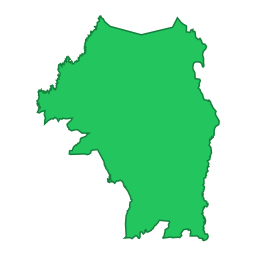 Mocache, Los Rios, Ecuador (Equal Earth projection)
{"feature_id": "8360857B55649152040637", "entity_name": "Mocache", "entity_type": "district", "adm_level": 2, "iso_a3": "ECU", "parent_name": "Ecuador", "parent_adm1": "Los Rios", "projection": "equal_earth", "projection_center": [-79.602, -1.198], "detail": "fine", "context": "isolated", "style": "filled", "palette": "green", "viewbox_px": 256, "rotation_deg": 0, "n_neighbors": 0, "source": "geoboundaries", "source_scale": "gbopen_adm2", "svg_char_len": 5698}
<svg xmlns="http://www.w3.org/2000/svg" viewBox="0 0 256 256"><path d="M37.4,112.3L39.3,112.9L41.2,111.7L44.9,110.6L44.3,114.7L45.6,118.5L44.9,119.6L44.6,124.0L48.2,120.6L51.4,118.7L53.3,119.0L54.7,117.4L57.1,118.8L58.3,121.3L60.1,118.6L62.0,119.2L62.8,118.2L66.2,118.8L72.3,118.1L71.0,120.7L69.2,121.9L69.0,122.7L67.6,123.5L67.0,124.6L67.7,126.9L69.0,128.4L68.9,129.3L71.6,130.8L75.3,129.7L77.8,129.8L82.0,133.1L88.9,133.2L86.9,134.6L85.8,136.5L81.2,138.0L80.5,138.9L80.1,141.6L79.2,142.9L78.0,143.3L76.5,145.3L75.9,144.9L73.6,147.0L72.2,150.6L69.9,150.6L69.5,151.3L69.3,154.0L70.6,154.4L84.9,153.9L87.1,154.6L89.0,154.2L90.7,152.8L91.0,151.1L92.1,150.1L97.6,149.6L103.7,161.0L104.3,162.8L104.3,164.7L105.1,165.2L105.0,166.6L105.8,167.1L105.9,168.4L107.6,170.7L108.8,173.4L110.0,174.8L110.5,174.9L110.4,175.9L109.6,175.2L109.5,176.5L110.0,176.8L109.4,177.1L110.6,178.2L110.7,179.4L109.3,178.6L109.2,180.0L107.7,179.1L107.9,181.2L108.3,180.9L108.3,181.9L109.4,182.5L111.8,181.0L112.1,181.9L113.1,181.7L114.6,183.3L116.7,180.9L118.6,181.0L120.2,180.1L122.1,181.3L123.4,183.2L123.6,185.1L124.7,187.1L125.6,186.8L125.6,188.0L128.0,191.3L130.5,196.9L130.9,199.1L132.0,199.7L131.9,200.8L130.0,202.4L129.6,205.9L129.9,207.5L129.0,208.5L128.8,209.7L127.3,210.9L127.5,212.3L126.2,215.4L125.5,223.9L126.2,235.5L125.7,237.2L124.7,238.0L129.9,237.6L132.1,238.6L135.5,235.7L137.1,236.1L138.5,238.2L139.3,238.3L140.0,237.3L140.1,232.6L140.5,231.9L141.8,231.9L143.3,234.0L144.9,232.4L144.9,230.6L145.4,229.8L146.2,230.1L146.5,231.8L147.8,232.1L151.2,230.4L152.1,229.0L152.9,228.8L154.6,225.7L155.6,225.3L157.9,222.7L159.3,220.3L169.2,221.2L169.7,222.2L168.5,224.3L168.7,227.1L168.3,227.8L165.1,229.8L165.1,231.9L164.4,234.1L164.4,235.3L162.9,237.7L163.1,238.1L171.1,237.0L172.2,237.7L179.1,237.2L179.7,237.6L181.7,235.5L180.8,233.5L183.6,229.6L188.1,229.0L188.1,229.8L188.6,230.3L190.1,229.8L190.8,231.7L190.9,232.7L190.2,233.7L190.5,234.4L190.2,236.0L197.5,235.9L199.3,238.1L202.2,238.3L202.5,239.5L203.0,239.1L203.1,240.1L203.8,240.6L206.2,239.6L207.5,238.4L208.2,236.5L207.4,234.1L205.3,234.1L204.6,233.0L204.4,231.3L203.5,230.3L203.9,228.5L203.5,228.7L203.7,227.8L203.2,226.9L204.4,223.9L205.0,223.7L204.1,222.6L205.1,222.6L205.6,221.1L205.4,220.3L204.7,220.9L205.2,219.0L204.5,218.9L204.5,217.8L203.9,218.5L203.6,218.2L203.4,215.6L201.9,213.8L203.1,212.9L202.4,211.4L203.2,209.5L203.5,207.7L204.3,207.8L204.3,206.6L205.1,206.2L206.8,206.8L207.9,205.2L207.9,203.6L206.9,203.8L206.6,202.7L206.9,202.1L205.7,200.9L204.6,200.7L203.5,199.0L203.8,198.6L203.3,197.3L202.2,195.7L202.3,194.5L202.8,195.3L203.2,194.8L202.7,192.3L203.5,191.4L203.6,189.9L204.0,189.6L204.3,187.6L204.4,186.6L203.4,185.9L203.0,184.8L204.0,183.9L203.8,178.7L204.8,177.8L205.6,177.7L205.7,176.0L206.3,175.6L205.9,175.2L206.2,174.6L206.1,173.4L206.8,172.6L206.4,172.2L208.1,171.0L207.3,170.0L207.4,167.1L208.8,166.6L208.2,165.9L208.8,163.8L207.4,160.7L209.7,159.6L210.0,158.3L209.6,157.0L210.4,156.8L210.5,154.8L211.5,152.9L210.9,147.5L209.0,145.1L210.1,142.7L209.6,141.5L209.7,139.3L210.5,139.8L211.3,138.9L211.5,137.3L212.2,138.1L213.1,137.4L213.3,136.2L214.2,134.7L214.1,131.1L214.8,127.9L216.3,125.9L217.7,125.4L218.9,124.1L219.1,120.8L215.8,115.3L215.3,113.1L216.1,111.5L212.7,107.3L212.2,105.6L211.2,104.4L210.6,101.9L209.0,100.1L208.4,101.2L207.5,100.4L204.3,99.7L203.4,98.0L202.5,94.4L200.9,92.2L199.9,89.5L198.2,88.1L199.5,85.4L199.0,84.2L200.3,80.7L199.7,79.3L195.2,78.6L194.8,72.7L193.0,69.3L192.8,67.0L193.5,63.6L194.6,62.3L195.7,61.9L198.8,61.9L200.7,62.5L201.9,64.2L202.6,66.7L203.1,67.0L203.7,66.5L203.9,65.4L203.5,62.8L203.6,58.6L202.5,54.7L203.3,51.5L205.8,48.7L206.5,46.5L205.0,44.3L202.3,43.6L201.3,40.4L200.0,38.4L198.5,39.6L195.7,37.4L195.0,31.9L194.5,31.4L193.0,31.6L192.9,29.4L191.0,30.0L190.0,32.4L186.4,31.9L186.5,26.0L183.1,24.1L180.7,22.1L177.4,17.8L172.9,26.8L172.2,27.4L141.3,34.8L110.1,26.4L104.7,21.7L103.2,18.9L101.4,17.8L100.5,15.4L100.8,16.9L99.8,16.3L99.4,16.9L99.6,17.6L98.3,18.4L98.6,19.0L99.4,18.9L99.3,20.8L98.5,21.8L97.3,22.4L97.2,25.3L96.5,26.3L94.7,26.6L95.3,27.4L96.8,27.9L96.6,28.6L95.9,28.7L96.1,29.5L94.6,29.6L91.9,32.9L91.6,32.6L91.8,31.5L90.9,31.4L90.6,32.6L91.0,33.3L91.0,34.9L90.1,34.9L89.5,36.3L88.4,35.5L88.5,36.7L87.8,38.2L86.9,38.1L86.7,39.8L86.3,39.2L85.8,39.5L85.4,42.7L84.8,44.0L85.2,44.7L84.9,46.1L84.5,46.3L85.0,47.2L85.7,47.4L85.3,47.9L84.5,47.6L84.4,48.9L85.6,49.5L84.7,50.6L85.0,51.5L85.5,51.2L85.3,52.5L84.6,52.7L84.8,53.4L83.2,54.3L82.2,53.8L82.2,55.0L81.7,55.1L81.6,55.8L80.3,55.1L79.1,58.2L78.7,58.0L79.0,58.9L78.3,59.1L78.9,59.9L78.5,60.7L77.6,61.2L76.8,60.8L76.7,61.8L75.3,61.4L73.6,63.8L72.3,63.8L72.1,61.7L71.6,61.0L70.6,61.8L70.3,62.7L69.4,61.8L68.6,61.8L68.9,59.9L70.2,59.3L68.2,56.6L67.6,57.5L66.9,57.0L66.4,58.9L65.6,59.0L66.4,60.7L66.3,61.8L65.0,60.8L64.2,62.2L64.0,64.6L62.9,64.3L62.6,63.5L61.6,64.9L61.8,66.2L60.8,65.2L60.5,63.7L58.8,64.8L58.5,67.2L58.9,68.2L58.2,68.6L58.0,69.8L60.2,73.4L59.7,75.4L58.7,75.6L58.2,74.6L58.0,74.9L58.1,75.9L59.4,77.0L58.5,78.1L58.9,78.9L57.7,78.7L57.3,80.4L56.5,80.4L57.7,82.7L56.3,83.4L57.1,84.2L56.2,85.4L56.6,87.6L55.9,88.4L54.8,88.4L55.4,89.7L54.7,89.7L53.9,88.8L52.9,86.4L53.0,85.8L52.3,85.2L50.5,86.1L51.7,88.2L51.4,89.1L50.9,88.2L50.3,88.6L50.5,90.2L49.5,90.3L49.4,91.6L49.0,92.1L48.6,91.7L48.6,92.6L47.3,90.5L45.8,92.9L45.0,92.4L45.0,91.4L43.8,91.2L43.9,92.9L43.1,92.7L43.5,91.7L42.9,90.7L41.6,91.0L41.2,89.7L40.5,91.1L39.3,90.2L38.9,90.4L38.8,91.1L39.2,91.2L39.2,91.7L38.2,92.0L38.8,94.0L38.6,95.6L39.3,96.1L38.3,100.0L36.9,101.0L37.7,102.3L37.1,103.5L37.6,105.2L38.8,103.7L39.1,105.5L38.8,107.3L40.2,106.9L40.3,107.6L39.6,108.7L38.6,109.2L38.7,109.7L37.4,112.3Z" fill="#22c55e" stroke="#15803d" stroke-width="1.5"/></svg>